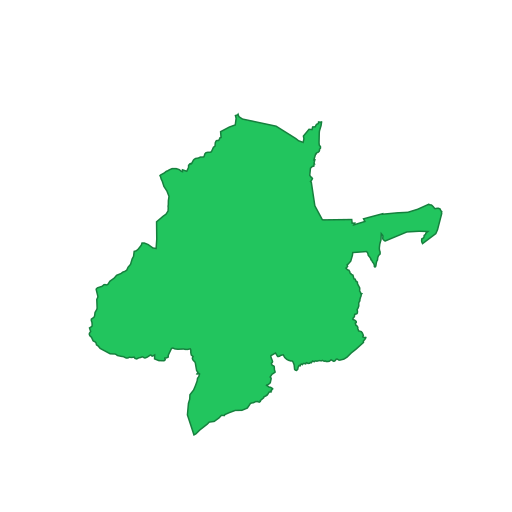 Terrenate, Tlaxcala, Mexico, rotated 151°
{"feature_id": "50627088B28943276063630", "entity_name": "Terrenate", "entity_type": "district", "adm_level": 2, "iso_a3": "MEX", "parent_name": "Mexico", "parent_adm1": "Tlaxcala", "projection": "albers", "projection_center": [-97.935, 19.48], "detail": "fine", "context": "isolated", "style": "filled", "palette": "green", "viewbox_px": 512, "rotation_deg": 151, "n_neighbors": 0, "source": "geoboundaries", "source_scale": "gbopen_adm2", "svg_char_len": 6138}
<svg xmlns="http://www.w3.org/2000/svg" viewBox="0 0 512 512"><g transform="rotate(151 256 256)"><path d="M397.0,129.6L394.8,129.6L389.4,131.1L380.1,132.6L377.4,133.4L372.8,131.6L366.9,132.3L363.5,133.4L361.0,131.8L360.3,132.4L355.6,132.0L349.0,131.0L343.2,127.9L337.3,127.2L332.4,129.7L331.2,129.6L329.3,128.9L326.7,128.8L325.7,128.1L325.4,128.1L324.0,126.6L322.7,126.7L322.5,127.4L318.0,128.3L317.3,129.0L314.8,128.8L314.3,129.2L313.6,128.9L310.5,130.6L308.8,129.9L308.7,130.6L307.9,130.5L307.2,131.4L305.8,131.7L305.8,132.1L306.9,134.1L308.0,134.8L309.8,138.4L309.2,137.8L307.2,137.7L305.0,138.2L302.2,141.4L302.0,142.4L302.3,143.3L299.4,144.8L295.7,145.1L295.4,145.6L295.1,147.4L293.7,150.4L293.8,151.3L294.8,152.4L294.7,154.3L294.4,154.8L293.2,155.1L292.6,155.8L291.9,160.6L291.3,161.6L286.0,161.7L285.8,157.9L285.6,157.4L284.0,156.9L282.5,157.1L280.1,156.4L280.1,153.3L279.2,150.7L278.0,148.9L276.4,147.3L275.5,146.9L275.1,146.1L275.0,145.3L275.4,142.4L277.2,138.1L276.9,137.1L276.0,136.2L274.3,136.8L273.5,137.9L271.8,139.3L271.3,139.4L270.9,138.6L270.5,138.5L269.8,139.3L269.1,139.5L268.5,139.4L268.1,138.5L266.9,139.0L266.2,138.9L265.0,137.6L264.6,137.6L264.0,138.2L263.4,138.2L262.6,136.8L261.1,136.2L260.1,136.5L259.4,135.8L257.4,136.7L256.4,135.3L254.8,135.5L253.8,134.5L251.4,133.9L249.6,132.6L248.5,132.5L247.4,130.9L246.0,130.4L245.8,129.7L244.4,128.9L242.9,128.4L240.6,128.8L239.3,126.5L238.9,126.1L237.4,126.1L236.1,126.8L235.3,126.7L234.9,126.4L233.9,124.7L233.2,124.3L229.1,123.2L225.4,123.4L219.4,125.1L213.8,126.0L203.9,128.3L203.5,129.3L203.0,129.7L201.4,130.2L199.5,131.3L199.5,131.6L200.1,131.6L201.8,133.3L201.7,133.7L200.6,134.5L200.3,137.2L200.6,138.8L202.5,140.7L202.2,143.2L201.5,144.3L201.6,146.0L202.3,147.2L201.8,148.1L201.7,149.2L200.5,149.3L200.1,150.2L200.8,152.1L202.0,153.5L201.3,154.5L199.4,155.2L198.0,157.1L195.9,156.6L195.0,157.0L194.0,158.5L193.6,160.1L192.0,161.0L190.3,162.5L188.8,165.3L186.8,166.5L186.7,167.3L186.1,167.6L185.5,168.5L185.1,168.6L184.8,169.1L183.6,170.0L182.6,171.3L181.9,171.7L182.5,172.0L182.6,172.4L182.2,173.2L182.4,175.0L180.8,177.7L180.7,182.5L180.0,184.0L180.3,185.0L180.8,185.3L180.5,187.7L181.4,188.5L180.5,192.3L181.6,193.7L181.5,194.6L181.9,195.2L182.0,195.9L181.6,196.8L181.7,198.6L182.1,198.8L182.8,200.0L183.2,201.8L181.0,202.4L180.6,204.1L180.3,204.3L179.5,204.2L175.6,205.6L171.3,209.9L169.7,212.1L157.3,206.4L156.9,205.2L156.9,204.2L157.5,202.1L156.9,199.0L157.1,198.0L156.9,197.5L157.3,197.0L156.9,196.2L157.0,194.2L156.7,192.4L156.9,190.8L157.6,189.4L157.3,188.7L156.7,188.7L156.0,189.2L154.1,191.7L152.8,193.0L151.7,193.6L150.3,195.6L148.6,197.0L146.5,197.6L145.5,199.4L145.2,201.1L144.4,203.0L142.0,206.4L138.8,209.6L135.6,214.8L135.2,212.6L135.4,211.8L136.7,209.8L136.8,209.0L136.3,207.3L135.8,206.5L112.4,203.9L101.4,198.6L93.8,194.1L96.4,193.6L97.3,192.7L98.9,192.5L99.8,191.2L100.6,190.6L102.7,190.6L103.8,189.0L104.2,187.7L104.3,186.1L87.9,188.4L84.5,191.0L73.0,203.1L72.7,204.0L72.0,204.8L72.4,206.1L72.2,207.9L73.2,209.2L74.4,209.9L76.4,210.6L76.7,211.0L77.1,213.3L77.8,215.5L79.8,217.0L79.8,217.5L92.0,218.5L102.0,220.6L111.6,225.3L125.1,231.2L124.8,231.6L143.9,236.4L144.0,233.4L155.3,235.8L153.7,236.9L156.0,238.1L154.6,241.5L179.4,254.8L180.4,255.6L180.2,271.4L171.9,293.6L172.2,294.7L171.4,294.9L169.1,296.3L169.2,297.8L169.6,298.2L169.9,300.5L165.8,306.4L163.4,307.0L161.8,306.6L160.4,308.7L160.2,308.5L160.1,309.3L157.9,311.6L158.8,312.0L154.4,316.3L153.9,316.1L153.5,316.6L152.8,316.8L151.5,316.6L150.1,316.9L149.1,317.8L148.7,318.6L147.3,319.1L146.6,320.4L146.9,322.4L145.9,324.6L141.0,333.0L139.9,334.6L135.9,338.5L133.3,341.9L134.1,341.4L136.3,342.9L137.3,341.6L139.3,341.8L141.6,340.3L143.9,341.4L145.7,339.4L148.2,341.1L156.4,337.9L157.3,335.2L159.7,332.5L163.0,336.3L164.3,339.5L175.5,359.8L201.4,382.3L203.0,385.3L203.4,386.4L203.0,388.6L203.5,388.3L205.9,388.8L206.6,386.1L210.6,380.7L216.8,381.7L226.7,381.9L229.1,376.6L230.1,376.9L232.1,375.4L232.8,375.2L234.3,376.0L235.2,375.9L236.7,374.8L238.5,372.1L239.1,371.8L240.4,371.8L243.9,369.2L245.3,368.7L247.9,370.1L249.7,370.6L251.2,370.1L253.4,368.0L254.3,368.2L256.7,369.5L258.9,369.6L261.6,370.6L263.1,370.5L264.2,370.2L267.5,368.1L268.2,368.0L268.1,368.5L269.0,368.7L271.0,368.0L272.1,366.1L275.5,363.7L278.5,367.0L279.4,365.4L280.3,366.4L281.3,368.8L283.4,371.1L287.0,373.1L290.1,373.4L292.4,373.3L293.2,373.6L295.9,373.1L300.2,373.1L301.0,372.9L301.1,371.3L301.6,369.4L301.7,367.0L302.8,361.5L302.4,356.0L303.2,350.3L305.8,346.9L308.0,343.1L308.7,342.3L309.5,340.5L311.1,338.0L314.4,336.2L318.0,335.8L326.4,334.1L334.6,318.9L339.7,311.0L342.3,313.0L344.8,318.3L347.4,321.5L349.4,322.6L351.0,321.1L355.9,319.0L358.4,318.6L360.3,319.1L363.3,315.0L365.7,313.5L369.8,309.5L373.3,308.2L375.9,306.3L378.2,306.1L380.4,306.5L382.4,306.1L387.3,306.7L390.8,305.4L396.0,304.8L399.3,303.0L400.7,303.1L401.9,304.2L402.9,304.6L405.2,304.1L410.0,305.0L411.5,304.7L412.0,304.2L413.9,297.3L414.5,296.5L416.3,295.2L420.3,287.3L421.4,286.3L424.1,284.7L426.1,282.0L427.3,281.0L430.6,280.6L431.3,279.5L431.7,277.3L432.9,274.8L433.7,274.0L436.5,273.8L437.2,270.1L439.1,269.2L439.7,268.5L440.0,266.9L439.3,264.6L439.6,260.8L438.1,258.4L438.1,257.3L438.6,255.6L437.7,253.9L437.1,250.7L431.0,241.2L426.8,238.6L425.9,237.4L425.6,236.3L422.2,233.3L420.8,232.3L419.0,229.7L417.4,228.9L415.8,228.9L414.3,227.7L411.6,226.6L411.5,225.1L410.2,223.8L407.9,223.8L406.3,223.2L404.3,223.0L402.9,220.9L402.1,220.5L400.1,220.3L396.3,220.6L395.8,220.1L395.6,219.1L395.0,218.6L392.6,218.6L394.6,215.2L391.7,211.6L387.3,209.0L386.4,209.0L385.6,209.4L385.6,210.4L385.2,211.0L383.5,210.2L381.7,210.2L381.2,211.3L380.0,212.4L375.2,215.8L374.3,216.1L373.3,215.8L372.0,214.1L369.5,212.3L364.3,209.7L363.4,208.8L361.2,207.5L358.5,206.7L358.6,205.4L359.9,203.0L360.6,200.8L359.8,198.6L360.8,197.9L361.4,197.1L361.5,195.4L360.8,192.7L360.9,192.0L363.5,184.5L363.1,182.3L363.3,182.0L364.1,181.9L364.8,181.5L364.4,181.2L362.6,180.6L362.5,180.2L364.6,178.2L366.4,177.4L368.1,175.2L372.0,171.8L375.6,169.0L381.0,166.7L383.4,162.9L386.5,159.9L393.0,150.3L397.0,129.6Z" fill="#22c55e" stroke="#15803d" stroke-width="1.5"/></g></svg>